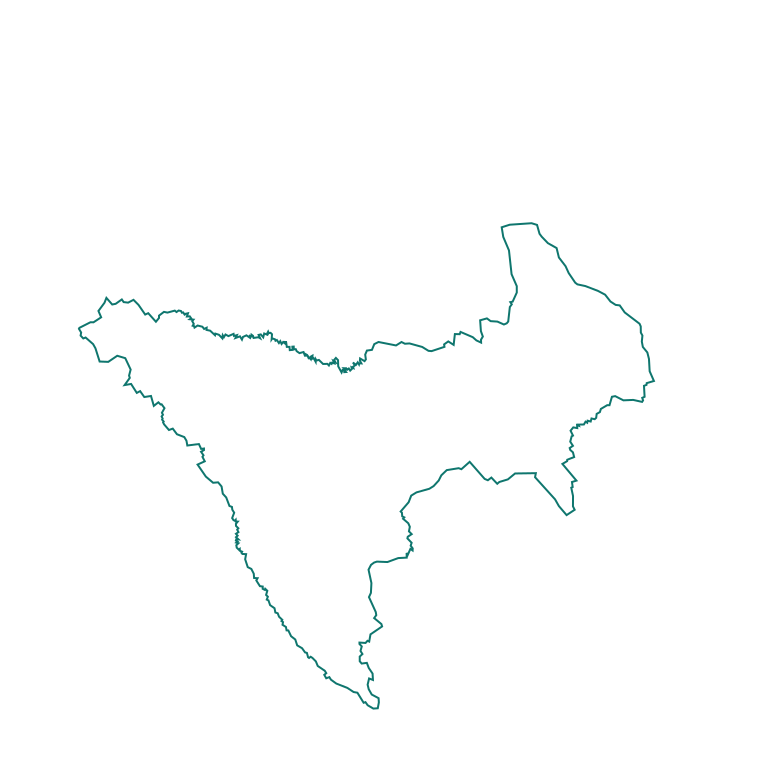 outline of Na Bon, Nakhon Si Thammarat, Thailand, rotated 320°
{"feature_id": "78962969B4441489097555", "entity_name": "Na Bon", "entity_type": "district", "adm_level": 2, "iso_a3": "THA", "parent_name": "Thailand", "parent_adm1": "Nakhon Si Thammarat", "projection": "equal_earth", "projection_center": [99.547, 8.282], "detail": "fine", "context": "isolated", "style": "outline", "palette": "teal", "viewbox_px": 768, "rotation_deg": 320, "n_neighbors": 0, "source": "geoboundaries", "source_scale": "gbopen_adm2", "svg_char_len": 6166}
<svg xmlns="http://www.w3.org/2000/svg" viewBox="0 0 768 768"><g transform="rotate(320 384 384)"><path d="M270.9,193.3L264.0,190.1L261.8,187.3L255.6,187.0L254.1,188.8L249.3,189.7L248.9,178.2L245.7,177.3L246.8,165.6L246.2,158.5L240.3,157.2L237.2,153.9L237.5,150.7L230.0,150.1L226.9,148.4L226.7,139.6L222.1,142.1L212.2,144.5L210.2,151.1L201.1,150.0L198.8,148.0L186.8,145.2L185.8,145.6L185.1,149.9L182.7,151.9L182.9,155.8L185.3,156.6L186.8,166.5L185.9,171.2L180.6,184.0L187.0,189.8L197.8,190.9L202.4,197.9L199.2,210.1L194.1,213.7L193.2,215.9L184.6,218.1L190.3,221.4L188.9,231.9L192.6,232.7L192.0,239.9L197.8,243.4L193.6,252.8L199.4,253.0L199.7,256.1L200.6,256.6L200.3,261.4L195.4,263.3L194.9,265.5L192.8,265.9L192.2,268.2L191.1,268.7L191.1,271.1L190.1,271.4L189.6,273.6L189.7,281.0L193.5,282.4L193.1,289.4L196.9,296.3L196.2,300.5L193.8,304.7L203.6,311.0L202.2,316.2L204.6,317.7L203.6,318.9L200.3,318.3L199.9,322.6L198.1,323.1L197.0,328.0L189.4,325.9L188.0,340.4L189.6,349.8L193.7,352.7L193.7,358.1L190.0,364.4L190.2,369.5L187.2,378.1L188.5,380.4L187.0,382.8L186.5,386.3L181.5,389.1L181.2,391.5L181.8,392.9L183.1,392.7L182.1,394.1L183.5,395.4L180.7,395.9L179.4,397.6L179.7,400.9L177.9,401.2L177.3,403.9L174.3,403.6L174.4,406.1L172.2,406.2L172.6,409.5L171.1,408.0L169.9,408.7L170.5,410.6L168.9,410.6L170.1,412.4L167.2,412.6L166.0,414.7L166.3,417.6L167.5,417.6L166.4,419.1L167.5,421.2L166.3,421.6L166.3,423.2L169.0,425.7L165.0,429.0L161.9,436.7L163.5,440.4L162.3,445.6L159.8,449.1L162.3,451.5L159.9,452.4L159.0,459.1L160.9,461.2L159.4,462.9L160.4,465.2L161.4,464.6L161.7,467.4L158.1,469.8L158.3,472.3L155.6,473.8L156.4,475.5L154.6,480.2L156.0,485.4L153.9,489.2L155.2,491.3L154.0,494.8L154.5,499.3L153.1,499.7L153.6,501.5L151.5,503.2L152.7,507.1L151.0,510.1L152.3,511.3L150.7,517.5L151.8,522.7L149.5,528.4L151.4,533.7L151.0,538.9L152.1,540.4L150.2,544.5L150.5,545.7L152.5,545.8L153.1,547.8L153.5,552.7L152.0,557.4L154.3,565.6L153.9,568.4L151.3,568.4L150.6,572.3L153.7,573.4L153.3,576.4L154.9,582.8L160.6,593.3L162.7,600.4L165.2,603.4L163.5,615.1L165.3,615.8L165.0,619.6L167.2,625.8L170.8,628.4L175.4,624.6L177.9,621.2L175.0,614.0L176.1,608.0L178.2,603.8L183.3,600.0L185.3,603.6L189.1,598.5L189.8,591.7L191.6,586.6L187.2,583.8L187.2,580.8L190.2,577.2L193.9,577.0L194.4,573.4L198.3,570.7L198.1,567.4L199.0,566.3L203.4,570.5L206.3,570.1L207.1,571.8L212.7,567.1L226.7,568.5L227.7,566.2L226.0,557.0L229.5,556.1L231.1,553.4L235.5,537.6L239.7,535.6L246.4,528.4L252.8,516.3L257.8,514.2L261.6,514.4L264.4,515.5L272.2,522.6L283.0,526.5L289.8,531.6L292.7,528.0L292.3,530.2L298.2,527.3L298.9,529.9L300.3,528.4L300.5,525.0L303.1,523.4L302.7,517.3L304.0,516.3L308.7,516.8L308.4,512.9L312.0,510.0L313.1,506.3L312.0,499.5L313.8,499.2L312.9,497.1L315.0,494.1L314.8,492.4L326.9,490.4L333.1,487.0L339.2,487.9L351.4,493.4L356.4,494.1L363.9,493.1L369.2,490.8L376.7,490.3L387.1,496.5L388.5,499.0L399.6,498.7L400.1,521.4L401.7,524.5L406.1,524.7L406.6,533.2L409.4,533.2L417.6,536.7L426.9,536.8L443.0,549.9L439.8,552.5L440.9,582.3L439.5,589.9L439.6,601.8L449.2,602.9L450.1,599.2L456.8,591.3L460.8,583.8L462.3,584.2L465.0,579.9L469.3,581.7L469.3,559.9L474.7,560.8L475.7,559.8L482.7,562.2L484.8,557.8L484.3,554.2L485.1,552.4L489.0,552.8L489.6,547.9L494.1,544.7L495.6,545.0L496.9,539.7L501.1,538.9L503.7,542.0L505.4,539.7L506.3,541.1L506.5,539.8L511.1,543.5L514.2,542.4L514.8,544.3L516.4,543.0L518.2,545.6L520.8,543.8L522.8,546.4L524.8,546.3L527.7,543.6L531.3,544.3L534.1,542.5L541.4,543.7L543.1,545.2L550.4,540.3L553.3,541.9L556.9,550.4L564.7,556.4L570.2,563.6L571.9,563.1L572.9,560.6L575.4,561.3L582.0,552.5L584.5,553.4L585.8,552.2L592.7,555.2L595.7,545.0L603.1,535.1L606.0,529.1L606.1,522.0L608.8,517.2L613.1,513.0L613.8,509.7L617.7,504.9L618.5,502.1L614.4,483.9L615.1,475.3L612.3,472.3L610.5,466.4L610.8,457.7L607.8,450.3L601.2,438.4L596.2,432.0L595.6,429.3L596.8,417.7L598.8,410.5L599.3,399.5L603.6,390.8L600.1,381.5L599.5,372.7L599.7,368.9L603.5,360.5L600.4,355.7L582.7,342.8L574.9,339.6L569.9,348.0L565.6,362.0L552.3,381.9L548.6,394.4L544.5,399.3L535.5,403.6L533.4,402.5L533.1,405.1L529.9,405.9L519.3,416.0L517.0,416.4L514.1,415.5L511.0,409.1L506.1,404.4L505.0,399.9L498.6,397.0L492.2,405.8L490.2,411.2L486.8,412.4L485.0,414.7L482.8,410.0L482.1,405.2L476.1,393.3L474.0,394.5L470.4,391.3L462.5,398.8L460.6,392.7L455.5,392.3L454.2,394.4L441.6,389.4L439.4,387.2L437.1,380.2L429.6,369.3L425.9,366.6L424.4,363.1L418.0,362.2L406.8,348.3L402.2,347.2L396.7,350.1L392.4,347.4L388.5,349.4L385.9,353.5L383.8,354.0L382.1,349.1L380.5,350.7L379.9,353.7L378.4,352.3L377.4,353.0L377.8,350.5L374.9,351.3L374.0,347.6L373.7,351.1L371.4,350.9L370.8,352.2L369.9,350.3L369.1,351.8L366.7,352.0L367.0,349.5L365.1,349.4L365.2,347.7L363.6,346.3L364.0,348.5L362.6,348.8L362.6,350.4L361.2,349.4L362.4,347.8L361.5,346.5L358.9,347.9L360.3,341.0L364.1,336.2L363.9,333.1L361.3,333.5L360.8,336.1L360.0,333.8L359.2,336.3L357.9,334.3L356.8,334.9L356.4,333.3L353.7,334.4L353.6,332.2L350.2,329.5L349.6,323.7L347.4,322.6L347.6,321.3L345.9,323.1L346.7,319.0L345.5,318.6L347.5,316.3L345.7,316.0L343.8,317.9L343.7,315.0L342.6,316.7L343.8,312.4L343.1,310.6L342.4,312.1L341.6,311.5L342.9,307.8L339.1,306.0L338.2,302.7L338.8,300.6L337.2,299.5L338.9,297.3L337.8,296.5L335.9,299.1L333.6,297.5L335.5,294.8L333.4,293.1L336.0,288.9L334.9,287.9L334.2,289.2L333.7,287.0L331.3,287.5L332.1,284.5L329.8,285.1L330.2,281.4L328.7,281.1L329.2,279.7L327.8,277.3L326.6,277.6L330.2,273.9L330.0,271.9L328.4,270.9L328.9,269.4L326.7,270.3L326.7,272.1L324.7,268.3L321.5,270.6L321.5,266.8L319.5,265.8L318.5,269.3L317.8,267.4L313.7,264.9L314.6,262.9L314.2,261.1L313.1,262.2L311.8,260.0L312.1,262.1L311.1,262.7L309.9,258.3L306.2,257.3L303.7,258.7L304.3,254.9L299.8,253.3L302.7,252.0L300.0,250.8L301.0,248.9L295.6,247.3L294.4,244.2L291.5,245.2L291.8,243.0L289.5,245.1L289.2,240.2L287.2,237.0L285.9,238.0L285.1,231.4L282.8,228.5L284.3,226.9L281.6,226.2L281.7,223.4L278.8,219.4L275.1,219.0L275.7,217.6L274.9,216.4L276.9,215.7L277.5,212.6L279.4,212.2L276.9,209.6L278.5,209.7L278.7,207.3L276.4,205.6L279.3,203.8L276.2,202.2L275.7,203.6L276.2,200.1L275.0,199.5L275.4,197.6L273.9,195.7L271.3,195.5L270.9,193.3Z" fill="none" stroke="#0f766e" stroke-width="2"/></g></svg>